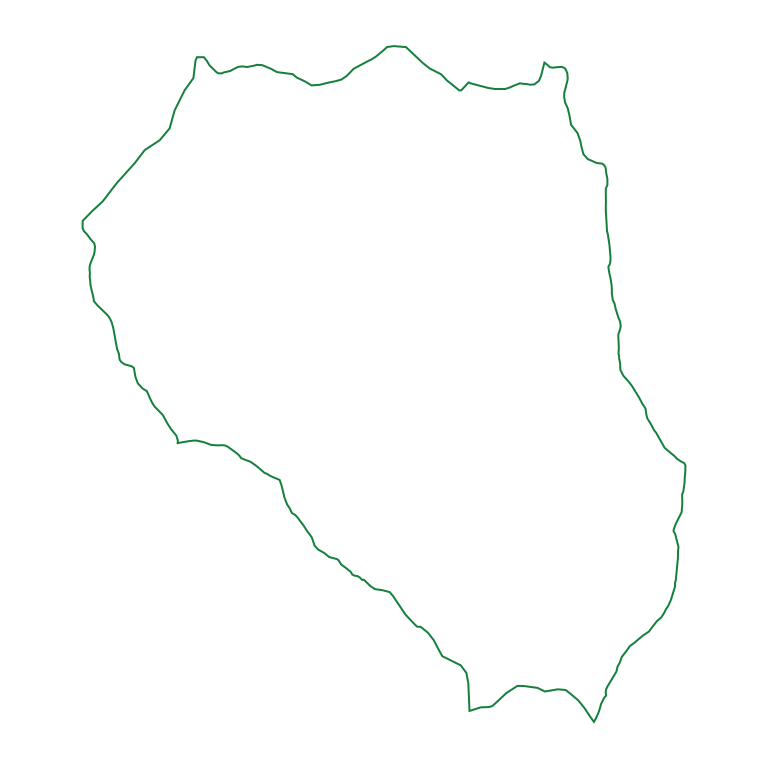 outline of Samkhar, Tashigang, Bhutan
{"feature_id": "84629894B56861060661097", "entity_name": "Samkhar", "entity_type": "district", "adm_level": 2, "iso_a3": "BTN", "parent_name": "Bhutan", "parent_adm1": "Tashigang", "projection": "natural_earth1", "projection_center": [91.595, 27.298], "detail": "fine", "context": "isolated", "style": "outline", "palette": "green", "viewbox_px": 768, "rotation_deg": 0, "n_neighbors": 0, "source": "geoboundaries", "source_scale": "gbopen_adm2", "svg_char_len": 4471}
<svg xmlns="http://www.w3.org/2000/svg" viewBox="0 0 768 768"><path d="M197.0,57.2L195.5,60.7L193.4,78.1L184.7,90.2L181.9,95.8L174.6,110.5L171.9,120.2L169.6,128.4L159.6,140.3L144.8,150.0L134.7,163.2L116.9,182.9L103.7,200.1L102.5,201.6L92.3,211.0L82.7,220.8L82.6,225.4L82.7,228.5L84.0,231.2L86.9,234.2L90.6,239.2L94.3,243.4L95.0,246.9L94.8,248.9L94.6,251.6L93.9,254.8L91.1,261.6L89.7,266.0L89.5,269.2L89.9,272.9L89.7,276.9L90.2,281.0L90.5,284.8L90.8,286.9L92.3,292.8L93.4,297.6L93.9,301.2L97.7,305.6L107.7,315.3L109.7,318.2L111.6,322.1L113.0,327.0L113.6,329.8L116.1,343.7L117.1,349.1L118.9,353.7L119.6,359.6L121.3,362.0L124.7,364.4L128.4,365.3L132.0,366.4L133.9,368.1L135.4,376.7L137.8,383.3L142.6,388.5L146.9,391.2L150.2,398.7L152.1,402.7L154.7,406.7L161.0,413.1L162.9,415.2L167.5,423.6L170.8,428.8L176.3,435.6L177.2,438.4L177.8,440.3L177.7,443.1L188.0,441.3L193.4,440.6L196.8,440.6L203.8,442.2L211.2,444.9L216.5,445.3L219.7,445.3L221.5,445.2L224.8,445.4L227.1,446.4L228.7,447.4L236.4,453.0L237.8,454.2L239.4,455.7L241.2,458.2L245.9,460.1L248.1,460.8L250.8,462.0L255.7,465.4L258.9,468.0L264.4,472.8L266.9,473.8L269.7,475.6L273.3,477.3L277.7,479.1L279.7,480.0L280.7,483.1L281.4,484.9L282.1,487.7L283.0,491.4L284.5,497.7L287.1,504.4L289.9,508.6L291.9,513.0L293.6,514.0L295.6,515.3L298.4,518.5L299.6,520.3L301.7,523.0L303.3,525.1L307.2,531.3L308.9,533.4L311.7,537.2L313.1,541.2L314.6,545.7L318.2,549.6L322.9,552.2L324.8,553.4L329.1,557.0L337.0,559.1L338.6,560.3L341.2,564.5L344.5,566.9L346.6,568.5L348.3,569.9L350.7,571.9L352.4,574.6L354.7,575.7L357.7,576.2L359.9,577.6L362.3,579.9L364.0,579.8L370.5,586.2L375.1,589.2L382.1,590.1L389.7,592.1L393.3,596.4L405.4,614.5L407.9,617.2L413.5,623.1L417.1,626.7L420.6,626.8L427.8,632.6L433.7,640.1L438.6,649.5L442.3,656.2L460.8,665.4L466.4,673.0L468.3,683.2L469.5,710.9L480.9,707.3L488.9,707.1L492.4,706.0L498.1,700.8L506.4,693.0L512.6,689.0L517.4,685.9L523.9,686.0L537.6,687.9L544.8,691.5L558.0,689.3L565.7,690.0L571.6,694.7L578.2,700.3L584.1,707.6L588.9,714.7L590.5,717.1L593.9,721.9L595.9,718.4L598.5,712.6L600.0,708.1L601.0,704.1L604.3,697.6L606.1,695.6L605.7,692.6L606.1,689.4L607.2,686.9L616.4,671.6L617.6,666.5L619.8,662.6L621.7,657.1L626.4,651.0L629.9,646.0L634.4,642.8L639.0,638.8L643.2,635.4L649.0,631.5L651.2,628.5L653.1,626.0L657.1,620.9L661.1,617.7L664.4,612.5L666.2,608.7L668.1,606.2L671.0,599.7L675.0,586.6L675.1,582.5L675.8,580.1L677.9,558.3L678.1,550.0L678.5,547.2L675.2,534.1L673.6,531.3L673.7,529.4L675.9,523.6L679.8,515.9L681.6,512.3L682.2,505.3L682.3,501.7L682.1,494.7L683.3,491.5L684.6,482.3L684.7,478.4L685.4,470.5L685.4,465.3L684.3,463.2L680.8,461.3L677.2,459.0L674.2,455.8L670.9,453.2L664.5,447.7L663.5,445.8L656.1,432.7L653.9,430.0L651.0,424.3L647.3,418.3L646.6,415.7L645.5,408.7L644.5,406.9L642.3,403.7L638.9,397.2L632.0,386.0L628.7,381.7L626.9,379.7L623.4,375.8L620.5,370.2L620.2,367.6L620.2,364.0L619.6,360.6L619.2,358.8L619.1,356.1L618.5,353.9L618.7,350.7L618.8,346.6L618.3,336.7L618.5,333.7L619.8,330.4L620.3,328.3L620.7,326.3L620.1,321.5L618.4,317.6L615.7,309.0L614.5,303.5L612.8,300.1L612.3,296.7L611.9,294.0L611.8,288.8L611.6,285.3L610.6,278.8L609.6,274.5L608.6,268.7L608.4,266.6L609.9,264.1L610.2,262.2L610.5,260.1L610.5,256.8L609.4,244.6L607.9,234.6L607.0,231.0L606.1,215.3L605.8,210.2L605.8,206.3L605.9,203.1L605.9,199.8L605.8,193.8L605.8,190.8L605.8,188.5L607.4,184.9L607.4,179.0L606.2,172.9L606.0,170.2L605.4,167.4L604.1,165.1L602.1,163.6L596.7,163.0L587.8,159.1L583.4,154.2L581.3,146.0L580.5,142.0L580.0,139.9L577.4,132.9L571.1,124.8L569.2,114.3L567.7,108.2L565.0,102.3L564.1,96.3L564.3,92.7L567.5,80.3L567.7,78.3L567.5,75.5L567.3,73.3L566.0,70.1L564.9,68.3L562.2,66.9L557.7,67.1L552.4,67.7L549.7,67.1L548.0,65.4L546.5,64.2L544.4,62.6L541.1,75.7L539.0,80.8L534.4,84.4L530.1,84.7L526.9,84.1L522.3,83.7L519.9,83.3L515.0,85.2L509.7,87.5L505.2,89.0L495.1,89.0L487.8,87.9L484.6,87.0L475.8,84.7L471.2,83.5L468.6,82.4L461.3,90.3L459.4,90.5L448.8,81.9L447.2,80.7L441.0,74.2L429.7,68.5L422.7,62.9L406.0,47.1L393.9,46.1L387.1,47.0L383.7,50.1L379.8,53.4L376.2,56.4L370.8,59.8L367.4,61.4L353.6,68.8L346.9,75.8L341.3,79.6L335.5,81.2L329.0,82.5L319.7,84.8L314.2,85.2L311.5,85.4L305.3,81.6L300.7,79.4L296.8,77.6L292.8,74.2L287.1,73.4L283.9,73.0L277.0,72.1L271.2,68.9L262.4,65.2L257.0,64.8L253.9,65.7L247.2,67.0L242.4,66.4L238.0,66.9L233.1,69.4L230.4,70.9L226.8,71.8L223.9,72.4L222.0,73.3L218.3,73.3L216.3,72.0L209.5,65.3L206.6,60.5L203.9,57.2L197.0,57.2Z" fill="none" stroke="#15803d" stroke-width="2"/></svg>